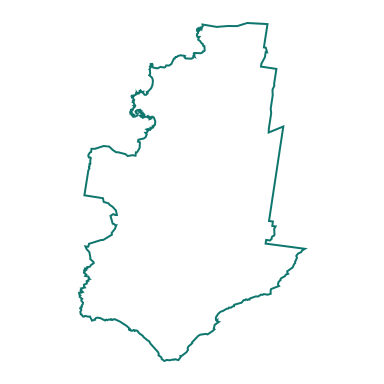 outline of Colac Otway, Victoria, Australia
{"feature_id": "25037944B58594911461534", "entity_name": "Colac Otway", "entity_type": "district", "adm_level": 2, "iso_a3": "AUS", "parent_name": "Australia", "parent_adm1": "Victoria", "projection": "natural_earth1", "projection_center": [143.55, -38.439], "detail": "fine", "context": "isolated", "style": "outline", "palette": "teal", "viewbox_px": 384, "rotation_deg": 0, "n_neighbors": 0, "source": "geoboundaries", "source_scale": "gbopen_adm2", "svg_char_len": 5887}
<svg xmlns="http://www.w3.org/2000/svg" viewBox="0 0 384 384"><path d="M202.5,24.5L202.8,26.3L202.0,27.1L201.6,28.8L200.9,27.5L200.4,27.4L200.0,28.1L200.2,29.6L199.3,30.6L198.7,30.0L198.8,28.5L198.4,28.1L197.0,29.3L197.1,30.9L198.2,32.0L197.9,33.4L197.1,33.9L196.9,35.4L197.4,36.8L199.4,36.9L198.5,38.2L198.2,39.7L200.0,41.0L201.9,43.6L202.7,43.9L203.4,46.1L204.4,46.2L204.7,50.3L204.4,51.0L202.8,51.5L202.6,52.4L200.9,53.2L194.1,53.0L193.8,53.6L194.5,55.0L194.1,55.8L194.5,56.6L193.4,56.0L193.1,57.7L191.4,58.7L185.5,58.4L184.5,57.3L185.0,56.0L184.4,55.8L180.3,55.3L177.8,56.1L176.8,57.0L175.6,57.0L174.7,58.6L173.9,58.6L171.4,64.0L168.9,65.6L166.3,65.4L165.2,67.1L164.2,67.5L160.5,66.9L157.4,68.4L153.3,67.6L152.3,66.6L152.6,65.0L152.2,63.9L150.7,64.0L150.7,65.4L150.1,66.4L150.7,66.5L150.7,67.3L149.4,69.5L149.9,70.2L150.2,73.5L149.3,75.2L150.1,75.4L150.3,76.3L151.5,77.0L152.5,78.7L152.9,81.0L152.5,84.9L151.2,88.2L147.9,91.6L146.8,92.0L147.1,93.1L147.7,92.6L147.7,93.3L146.1,94.8L144.7,94.8L143.1,93.0L143.3,91.8L142.1,92.2L140.6,90.5L140.3,91.1L139.9,90.7L139.7,90.8L140.2,92.2L139.0,92.5L139.4,92.9L138.9,93.5L137.2,93.8L136.7,92.9L136.7,93.4L136.1,93.2L135.7,94.8L134.3,95.2L134.1,95.8L131.9,95.6L131.5,96.1L132.0,97.6L133.1,97.6L133.4,99.5L134.1,99.8L133.8,101.0L133.0,101.1L133.2,101.7L132.8,102.1L133.7,102.6L133.8,103.6L134.6,104.5L134.3,105.1L135.2,105.8L134.9,106.5L134.3,106.4L134.6,106.7L134.4,107.3L133.2,108.2L132.9,109.7L132.2,110.1L131.5,109.5L131.0,109.7L130.9,110.2L131.4,109.8L131.8,110.4L131.6,111.8L130.8,111.4L130.2,112.0L130.3,112.7L130.7,112.1L131.7,113.0L131.3,113.3L131.6,114.9L132.8,114.9L133.1,114.4L134.0,114.8L133.4,115.4L133.9,115.5L133.9,116.4L132.9,116.4L133.2,116.8L135.4,116.5L137.4,115.4L137.7,113.8L135.9,112.7L135.5,111.6L135.8,111.1L136.6,111.3L137.2,110.1L140.3,109.8L140.6,110.3L140.2,111.0L139.7,110.7L139.0,111.4L139.3,112.3L141.4,111.6L141.2,112.5L142.0,112.6L141.4,113.5L143.4,113.5L144.1,114.5L143.4,114.6L144.1,115.8L143.8,116.3L143.1,115.4L140.2,115.9L141.2,116.9L141.9,116.7L142.8,117.8L145.0,116.8L146.6,116.9L147.7,116.1L147.9,117.0L148.7,116.5L149.6,116.9L149.2,118.1L149.7,118.4L149.6,119.2L150.5,118.9L150.7,118.1L151.5,118.2L151.7,116.8L152.5,116.7L153.9,117.6L155.3,121.4L155.0,124.7L152.9,126.0L153.6,126.5L153.1,127.5L152.2,127.5L151.4,128.6L150.4,127.9L150.0,129.9L149.0,129.8L148.2,128.9L146.7,129.4L148.2,130.3L147.4,130.8L147.6,131.3L146.8,132.7L145.4,132.8L146.7,134.5L145.6,137.2L143.7,138.5L138.4,139.7L138.0,141.6L139.3,141.8L139.9,142.4L139.6,148.0L137.5,151.7L136.6,152.5L135.9,152.4L135.5,155.7L132.4,155.2L127.7,156.0L125.4,154.1L117.8,152.2L116.2,152.3L112.8,150.0L109.2,146.6L103.7,146.0L94.9,148.8L91.5,148.8L91.1,152.0L89.9,152.5L88.3,155.1L88.5,156.6L89.2,157.6L90.1,157.4L90.8,158.0L90.2,161.2L90.4,163.5L90.2,164.0L89.5,164.0L89.5,166.4L89.0,166.6L88.9,167.3L89.4,168.5L88.4,170.1L84.4,195.3L102.9,198.2L103.7,201.9L108.6,203.4L109.4,204.6L112.7,206.9L116.0,210.6L116.9,215.0L115.2,215.0L113.2,214.1L110.5,215.9L112.7,223.7L114.2,224.1L115.3,225.3L116.3,225.2L114.9,228.9L111.7,232.9L111.9,234.7L103.3,239.9L100.8,240.1L89.0,243.8L88.4,246.5L87.9,246.8L85.4,246.4L86.7,249.3L89.3,252.0L90.4,257.4L90.2,259.0L93.5,262.0L93.7,263.2L91.2,264.8L89.8,266.8L87.3,267.1L86.9,266.4L87.2,268.1L86.5,268.0L86.0,268.8L85.0,268.6L85.1,269.5L85.7,269.5L85.3,270.0L85.9,270.2L84.9,271.0L84.2,270.6L84.1,271.7L84.6,271.4L84.7,271.9L84.0,272.8L86.3,274.7L85.3,276.0L88.1,276.5L88.8,277.1L88.9,278.6L89.5,279.0L88.6,279.2L88.5,280.4L87.3,280.8L87.8,281.3L87.2,281.7L87.7,282.0L86.8,281.9L86.8,283.5L84.0,284.7L84.0,286.1L84.9,287.5L81.2,288.4L81.6,289.0L80.6,290.1L80.8,290.7L81.3,290.3L82.8,292.1L80.7,292.8L80.0,292.4L79.1,292.7L79.4,294.6L80.3,295.4L79.7,295.8L79.7,296.9L82.2,298.9L81.3,299.9L81.3,300.7L83.0,302.7L82.7,304.3L81.7,305.5L81.9,306.8L81.5,307.4L80.6,307.4L80.2,308.4L81.0,308.8L81.3,310.0L80.3,311.8L80.8,314.3L81.4,314.3L82.9,316.5L83.9,316.7L84.8,315.9L88.4,316.7L89.9,316.5L92.0,320.6L95.1,319.7L95.0,319.0L95.9,318.1L97.3,317.6L100.3,318.1L105.1,320.5L106.1,319.6L107.3,320.2L108.8,319.5L111.6,319.9L111.5,319.3L112.9,319.7L114.5,319.1L119.8,321.5L126.8,326.0L129.1,328.2L129.0,329.7L129.5,330.0L130.2,329.4L131.2,330.8L133.0,330.6L133.5,330.0L135.0,330.4L135.0,330.8L135.9,330.4L137.4,330.8L139.3,333.4L142.7,335.7L143.5,337.0L147.3,340.2L149.2,341.3L150.4,343.6L158.2,352.3L158.8,354.1L158.5,355.4L160.6,356.7L161.5,357.6L161.6,358.9L164.4,361.0L166.8,359.9L169.7,360.3L173.2,359.5L173.9,359.8L174.9,359.2L178.4,360.1L180.6,357.2L180.4,356.0L181.7,355.9L186.5,352.2L188.0,349.9L187.6,348.4L188.4,346.5L191.5,343.9L192.3,342.9L192.1,342.3L198.2,335.9L200.2,334.7L206.0,333.9L207.6,334.4L213.0,330.7L214.5,329.3L213.8,328.6L214.7,324.8L218.9,321.9L217.1,321.1L217.2,320.4L216.8,320.8L216.1,320.3L215.8,318.8L216.1,317.0L218.2,313.8L220.6,311.7L222.8,311.0L226.8,308.7L228.4,308.5L228.9,307.6L230.8,307.7L232.7,306.4L234.0,306.2L234.0,305.1L234.6,304.6L241.5,302.7L243.7,300.1L245.0,300.1L246.1,299.3L247.5,300.0L248.7,299.3L249.5,299.6L250.1,298.4L255.8,296.4L258.2,296.5L261.0,294.6L262.5,294.9L263.8,294.1L267.7,294.7L270.7,293.8L270.6,290.4L271.2,289.0L279.0,286.0L278.2,285.1L278.0,284.0L278.6,281.9L280.6,280.0L280.4,279.4L281.3,278.1L284.8,276.3L285.9,274.6L288.1,273.8L287.4,273.0L287.2,271.3L292.6,267.5L294.1,264.2L295.2,262.9L295.1,261.8L297.0,257.7L296.3,255.9L297.1,254.7L298.5,253.3L301.0,252.2L302.4,250.3L304.9,248.8L265.6,243.6L266.2,239.9L269.9,240.5L271.6,239.0L271.5,238.3L272.3,236.4L274.0,235.7L274.5,234.8L274.2,228.8L275.6,226.4L272.3,226.0L272.9,221.5L269.0,221.0L283.3,126.5L268.7,132.5L268.8,129.0L271.2,113.1L270.7,108.6L272.7,95.5L272.5,89.7L274.3,85.7L274.1,84.0L276.4,68.9L261.0,66.6L261.4,63.7L264.9,57.2L265.7,52.1L267.1,52.3L265.8,47.7L263.9,47.4L267.5,24.1L247.2,23.0L237.2,26.1L228.0,26.0L216.6,26.9L202.5,24.5Z" fill="none" stroke="#0f766e" stroke-width="2"/></svg>